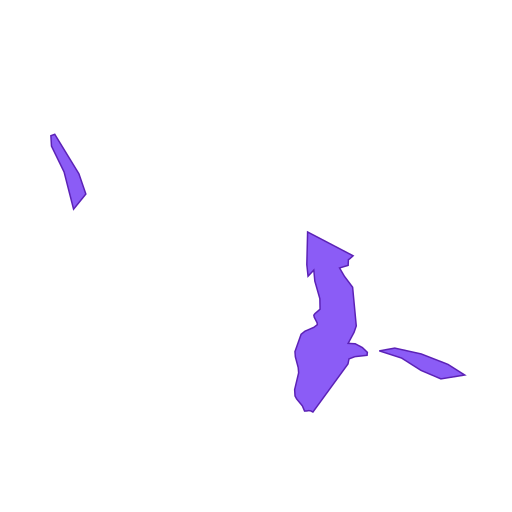 the border of Crooked Island and Long Cay, rotated 250°
{"feature_id": "BHS-5035", "entity_name": "Crooked Island and Long Cay", "entity_type": "District", "adm_level": 1, "iso_a3": "BHS", "parent_name": "The Bahamas", "parent_adm1": "", "projection": "mercator", "projection_center": [-74.169, 22.823], "detail": "fine", "context": "isolated", "style": "filled", "palette": "violet", "viewbox_px": 512, "rotation_deg": 250, "n_neighbors": 0, "source": "natural_earth", "source_scale": "10m", "svg_char_len": 919}
<svg xmlns="http://www.w3.org/2000/svg" viewBox="0 0 512 512"><g transform="rotate(250 256 256)"><path d="M123.1,305.5L89.9,256.1L91.8,254.4L92.7,252.6L93.0,250.7L93.7,248.6L99.3,248.3L107.8,245.3L111.1,244.8L117.2,246.6L131.6,256.1L136.7,257.5L147.8,258.5L152.8,259.9L167.0,271.6L168.6,276.3L169.2,286.1L170.5,290.1L172.3,290.6L178.5,289.8L180.6,290.1L181.7,291.7L184.1,298.0L194.0,301.4L212.3,302.7L223.0,305.5L219.2,298.0L230.5,300.8L260.9,312.7L223.0,347.3L221.2,342.8L221.0,341.6L215.7,339.4L216.2,330.4L206.8,332.1L193.6,336.1L156.0,326.3L150.7,322.0L142.4,312.7L139.6,319.2L133.5,324.7L127.4,327.7L124.7,326.4L127.6,314.5L127.5,308.2L123.1,305.5ZM124.7,339.4L122.0,354.9L107.5,377.7L88.5,399.3L72.8,411.4L77.3,387.7L92.1,371.9L110.3,357.9L124.7,339.4ZM439.2,108.5L393.8,117.7L372.4,117.3L362.4,100.6L400.6,104.4L429.2,101.4L439.2,104.4L439.2,108.5Z" fill="#8b5cf6" stroke="#5b21b6" stroke-width="1.5"/></g></svg>